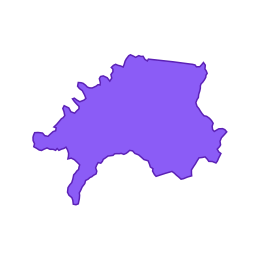 outline of Redenção da Serra, São Paulo, Brazil, rotated 159°
{"feature_id": "56859067B72964394326652", "entity_name": "Redenção da Serra", "entity_type": "district", "adm_level": 2, "iso_a3": "BRA", "parent_name": "Brazil", "parent_adm1": "São Paulo", "projection": "albers", "projection_center": [-45.504, -23.25], "detail": "fine", "context": "isolated", "style": "filled", "palette": "violet", "viewbox_px": 256, "rotation_deg": 159, "n_neighbors": 0, "source": "geoboundaries", "source_scale": "gbopen_adm2", "svg_char_len": 2883}
<svg xmlns="http://www.w3.org/2000/svg" viewBox="0 0 256 256"><g transform="rotate(159 128 128)"><path d="M37.2,89.0L38.2,91.8L39.9,93.5L43.5,94.7L46.1,94.3L48.7,93.9L49.6,96.2L48.8,99.5L46.8,101.9L47.4,105.1L48.5,107.9L50.4,110.7L52.7,112.2L53.7,114.9L54.4,117.9L54.9,120.8L55.8,123.5L55.6,127.3L53.4,129.8L51.4,131.2L50.0,134.0L47.7,136.9L46.2,139.2L45.3,141.5L43.9,143.1L42.0,143.9L39.3,145.7L37.3,147.4L36.3,149.3L34.5,150.6L34.5,153.2L35.0,155.6L33.3,159.0L34.1,162.1L36.5,160.7L39.0,159.5L42.2,160.6L42.8,162.8L44.9,164.3L47.9,165.9L62.1,173.6L64.6,174.9L84.3,185.0L85.9,183.7L87.6,185.9L88.2,189.5L90.3,190.2L92.0,191.7L95.5,191.2L97.4,193.4L99.5,195.5L101.4,195.2L104.7,193.2L106.7,191.5L108.9,188.6L110.7,186.7L112.7,188.6L115.0,190.2L116.7,191.9L119.1,191.7L121.9,190.5L121.0,188.4L121.9,185.9L124.8,184.0L125.3,180.4L128.2,178.3L129.4,182.4L132.4,185.5L135.2,185.9L137.1,184.3L137.5,180.5L138.6,178.2L140.5,179.2L142.7,178.5L147.0,178.2L149.5,179.2L151.3,180.8L152.3,183.2L153.9,185.8L155.6,187.1L158.1,188.3L160.1,185.1L159.2,182.2L157.3,179.3L156.7,174.5L156.7,170.7L159.2,169.8L163.6,169.8L165.8,172.5L167.4,175.1L169.4,175.1L168.6,172.0L167.4,168.9L166.0,165.7L166.9,163.5L169.6,162.4L172.5,161.0L175.5,163.6L176.1,168.0L178.0,170.0L179.6,171.7L181.9,169.6L181.9,166.2L182.6,162.2L184.8,160.9L186.9,160.5L189.0,159.3L191.4,158.0L193.4,156.9L196.8,155.5L195.0,153.8L196.5,151.4L199.2,151.5L202.1,150.4L205.7,148.9L208.5,150.7L209.6,153.9L211.9,155.2L213.7,156.1L216.8,157.1L218.7,155.2L220.0,153.4L221.1,150.3L220.9,146.8L222.7,144.3L220.6,141.8L218.8,139.3L216.8,138.0L214.0,138.3L210.7,138.4L208.5,136.1L205.5,134.9L203.6,133.1L201.5,134.2L200.5,131.9L197.7,132.1L195.1,131.9L192.8,132.3L192.3,129.3L192.5,125.7L193.7,123.0L195.2,120.7L191.8,120.2L189.4,117.6L187.8,114.3L186.3,110.9L187.8,109.0L189.0,107.0L191.2,106.2L193.1,104.9L195.5,103.7L197.8,100.1L200.1,97.2L203.0,95.6L205.4,93.8L207.5,89.7L207.2,86.4L205.4,83.1L205.4,80.4L206.4,76.5L204.1,75.0L201.6,75.0L200.2,77.2L198.8,79.4L197.3,82.5L196.7,84.9L194.8,86.5L191.9,89.4L188.3,91.6L186.4,94.2L183.6,94.5L181.3,95.4L179.2,95.5L177.2,96.2L174.2,96.6L172.6,98.9L172.5,102.4L170.6,104.5L168.2,106.4L166.0,104.9L163.9,106.0L162.3,107.6L160.0,108.1L156.7,109.0L154.3,108.4L151.8,107.8L149.8,108.7L147.7,108.1L145.5,107.2L143.4,106.7L141.3,104.9L138.8,105.0L136.7,105.6L134.5,106.5L131.9,105.0L130.7,101.8L127.7,99.1L126.2,96.3L124.4,92.8L121.0,90.2L120.9,86.8L121.1,83.6L119.3,81.1L120.5,79.0L120.0,75.0L119.1,72.8L109.4,72.3L102.5,71.7L100.9,69.2L99.7,66.6L98.3,64.2L96.8,61.2L94.3,60.8L90.0,60.9L85.7,60.5L85.0,62.9L83.8,66.1L80.5,68.6L77.9,70.4L75.7,72.2L72.4,74.7L69.4,73.9L66.4,73.4L65.3,70.9L64.5,67.9L61.3,66.5L58.4,63.8L56.4,65.1L54.1,67.5L52.1,69.3L50.4,70.9L51.8,73.1L52.3,76.3L49.2,77.8L47.6,79.1L46.9,82.6L44.3,85.4L40.0,87.5L37.2,89.0Z" fill="#8b5cf6" stroke="#5b21b6" stroke-width="1.5"/></g></svg>